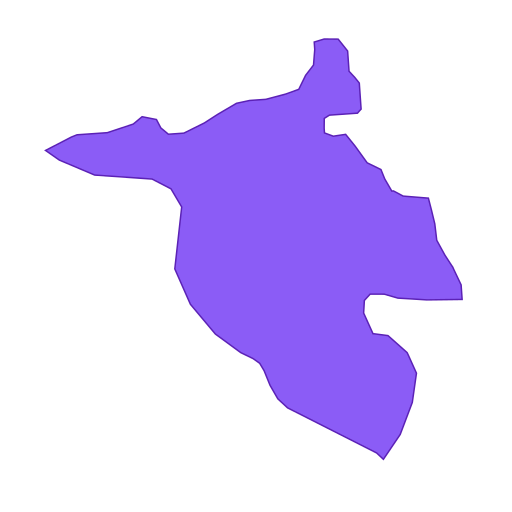 an SVG outline of West Herzegovina, rotated 356°
{"feature_id": "BIH-2227", "entity_name": "West Herzegovina", "entity_type": "Canton", "adm_level": 1, "iso_a3": "BIH", "parent_name": "Bosnia and Herzegovina", "parent_adm1": "", "projection": "robinson", "projection_center": [17.518, 43.363], "detail": "fine", "context": "isolated", "style": "filled", "palette": "violet", "viewbox_px": 512, "rotation_deg": 356, "n_neighbors": 0, "source": "natural_earth", "source_scale": "10m", "svg_char_len": 1363}
<svg xmlns="http://www.w3.org/2000/svg" viewBox="0 0 512 512"><g transform="rotate(356 256 256)"><path d="M282.1,412.8L276.9,409.7L267.8,400.0L261.0,386.0L256.1,371.0L252.2,363.3L246.0,358.2L234.0,351.3L210.0,331.0L187.2,299.6L174.1,263.2L185.3,201.9L175.9,183.1L157.7,172.0L100.7,164.0L66.5,146.6L53.4,136.0L80.0,124.5L85.9,122.6L116.3,122.6L142.8,115.8L152.1,109.1L166.2,112.9L170.0,121.6L177.1,128.4L192.6,128.4L213.7,119.7L227.7,112.0L247.2,102.3L260.5,100.4L276.8,100.4L297.0,96.5L310.3,92.7L318.1,79.2L326.7,69.5L329.0,54.1L329.0,46.6L332.2,45.9L339.1,44.3L352.1,45.3L353.1,45.4L357.1,51.2L361.7,57.9L361.7,71.3L361.7,78.2L367.1,84.9L371.1,90.7L371.1,105.1L371.1,116.8L369.5,118.3L367.2,120.6L358.6,120.6L346.1,120.6L339.1,120.6L334.8,122.9L333.7,123.5L332.9,133.2L332.9,138.0L341.1,141.7L341.4,141.9L344.9,141.6L353.9,140.9L362.6,153.4L373.4,170.8L386.7,178.5L389.8,188.1L396.0,200.7L397.7,200.7L407.0,206.5L432.0,210.3L434.3,222.8L436.0,232.8L436.6,236.4L437.3,250.6L437.4,252.9L444.5,268.3L450.1,278.4L451.5,280.8L452.4,283.3L458.6,299.1L458.6,313.7L456.8,313.6L423.4,311.7L406.9,309.5L394.6,307.9L381.2,303.0L367.2,302.0L361.0,307.9L359.4,320.4L361.1,325.0L367.3,341.7L368.7,341.9L382.1,344.6L400.0,362.9L401.1,365.7L407.9,384.1L401.7,413.0L387.4,444.1L368.9,467.7L362.6,460.9L282.1,412.8Z" fill="#8b5cf6" stroke="#5b21b6" stroke-width="1.5"/></g></svg>